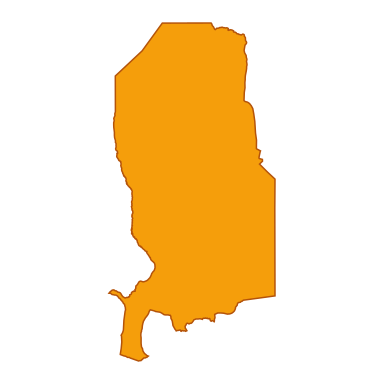 outline of Turkana North, Rift Valley, Kenya
{"feature_id": "3690345B58335120983870", "entity_name": "Turkana North", "entity_type": "district", "adm_level": 2, "iso_a3": "KEN", "parent_name": "Kenya", "parent_adm1": "Rift Valley", "projection": "robinson", "projection_center": [35.285, 4.376], "detail": "fine", "context": "isolated", "style": "filled", "palette": "amber", "viewbox_px": 384, "rotation_deg": 0, "n_neighbors": 0, "source": "geoboundaries", "source_scale": "gbopen_adm2", "svg_char_len": 6026}
<svg xmlns="http://www.w3.org/2000/svg" viewBox="0 0 384 384"><path d="M186.9,330.7L185.9,328.9L185.3,328.3L185.1,326.2L186.1,324.8L186.3,324.0L187.0,323.3L187.8,323.3L189.0,323.9L189.4,323.8L190.1,323.3L191.1,323.3L192.1,322.6L192.4,322.1L193.0,321.4L193.8,319.9L195.9,319.0L198.0,319.0L200.0,318.7L202.3,319.3L202.3,318.9L202.5,318.6L203.1,318.6L203.7,318.2L204.8,318.3L205.7,318.0L206.2,318.4L207.3,318.2L208.0,318.8L208.4,318.8L209.2,318.5L209.7,318.6L210.4,320.6L210.8,321.0L211.3,321.2L212.0,320.7L212.7,320.7L213.5,321.2L214.2,321.8L214.3,321.7L214.5,318.8L215.0,317.9L214.7,314.4L217.7,313.0L221.0,313.0L223.6,313.2L227.4,314.1L229.8,313.9L231.8,313.2L233.4,312.0L234.5,310.8L235.4,308.7L235.5,307.4L236.0,306.6L236.6,306.0L236.8,305.6L237.1,305.4L237.6,303.3L238.5,302.6L240.5,302.2L241.2,301.4L242.0,301.3L243.3,300.2L275.0,295.9L274.8,207.8L275.0,179.1L267.5,172.1L259.5,164.1L262.5,161.2L262.4,159.4L259.4,158.6L259.0,158.1L259.1,156.8L260.2,151.6L260.5,150.9L256.5,148.8L256.4,148.5L256.5,140.1L255.5,133.0L254.8,121.4L253.8,114.2L252.8,108.6L251.3,105.8L249.5,103.5L247.6,102.2L245.1,101.5L244.0,100.6L244.3,92.3L245.0,87.8L244.9,82.6L245.2,79.6L245.2,77.6L245.4,75.4L246.3,70.7L246.6,68.5L246.6,66.6L246.9,65.5L247.0,64.3L246.5,61.3L246.9,59.7L246.8,58.8L246.3,57.3L246.1,55.4L244.7,53.0L244.1,50.4L245.0,45.2L246.4,43.5L246.6,42.2L245.5,40.4L245.4,37.7L245.2,37.3L244.4,36.3L244.3,35.0L244.0,34.6L243.6,34.3L242.8,34.1L241.1,35.0L239.6,34.4L239.0,34.5L238.1,33.8L237.1,33.8L236.7,33.5L236.0,32.6L235.2,32.2L233.7,32.0L233.5,31.8L233.6,30.9L232.2,30.1L230.6,29.7L229.7,30.1L229.3,29.9L228.3,30.3L228.0,29.9L228.4,29.3L228.4,28.8L228.0,28.3L227.2,27.9L226.3,27.8L225.5,28.0L224.4,27.7L223.5,27.7L222.3,27.2L221.8,27.2L220.8,27.6L220.1,27.4L218.4,28.2L216.6,28.3L215.7,29.3L215.2,29.6L214.6,29.2L213.5,26.9L212.3,25.6L211.8,24.0L211.1,23.0L162.3,23.1L142.1,50.9L115.3,76.0L115.4,111.7L114.8,113.9L115.0,115.5L113.8,118.3L114.2,120.8L113.7,122.6L113.7,125.1L113.8,127.4L114.4,132.2L114.4,135.5L114.6,137.7L115.5,140.8L115.4,142.3L116.1,143.6L116.0,145.3L116.1,147.0L115.6,148.9L116.2,150.4L117.3,151.1L117.5,151.5L117.4,152.1L117.6,152.6L117.6,153.4L117.0,153.4L116.9,153.5L117.0,155.0L116.7,156.1L116.8,156.9L118.5,159.5L118.7,160.2L119.2,160.5L119.4,160.9L120.0,161.0L120.3,161.4L120.7,161.6L120.6,162.2L120.9,162.7L121.1,164.1L120.8,165.4L121.2,167.1L121.7,168.1L121.6,169.9L122.1,171.6L122.6,172.3L122.8,173.5L123.5,174.6L123.5,175.0L123.7,175.7L124.1,175.8L124.1,176.3L124.5,176.5L125.2,177.5L125.5,177.4L126.2,179.2L125.9,180.7L126.1,181.5L126.4,181.6L126.4,182.1L126.8,182.5L126.8,182.8L126.5,183.2L126.6,183.4L126.7,183.9L127.2,184.1L127.1,184.5L127.5,184.8L128.3,186.0L128.9,186.4L129.5,187.4L129.9,187.4L130.2,187.7L131.1,189.3L131.4,189.2L132.2,191.4L132.2,192.1L132.0,192.5L131.9,194.2L132.2,194.9L132.1,196.4L132.4,196.8L132.4,198.0L132.2,198.7L132.3,199.2L132.1,200.6L131.7,201.3L131.6,202.3L132.0,203.5L131.7,204.1L132.1,205.3L131.5,206.3L131.8,206.5L131.6,207.1L132.0,208.9L132.2,209.0L131.9,209.8L132.1,210.2L132.6,210.7L132.9,212.4L132.6,213.7L132.3,214.0L132.0,214.8L132.2,215.5L131.9,215.8L132.1,216.4L131.9,216.8L132.1,217.1L132.7,218.3L132.1,219.9L132.5,220.8L132.1,222.1L132.4,222.8L132.2,223.0L132.0,225.5L132.3,225.6L131.9,226.9L131.8,227.6L132.0,227.9L131.7,228.5L132.1,228.6L132.1,229.0L132.0,229.5L131.4,229.6L131.2,230.0L131.6,230.4L131.6,231.0L132.0,231.3L131.8,231.8L132.0,232.2L131.7,232.6L131.8,232.9L131.7,233.3L132.0,233.3L132.0,233.7L132.2,233.8L132.4,233.3L132.6,233.4L132.6,234.1L132.3,234.2L132.2,234.4L132.7,234.7L132.7,235.1L132.9,235.3L133.0,235.8L133.5,236.9L134.1,236.8L134.6,237.2L134.5,237.7L135.2,238.7L135.4,238.9L135.6,238.7L136.1,238.8L136.7,240.0L137.2,240.3L137.2,241.2L137.5,242.5L138.1,243.3L138.2,244.0L138.9,245.5L139.4,245.9L139.9,246.0L140.1,246.3L140.7,246.2L141.0,246.6L140.9,247.0L141.1,247.2L141.9,247.4L142.4,248.3L144.6,250.1L145.1,250.9L145.6,251.0L146.3,251.6L146.8,251.6L146.6,252.2L147.1,253.3L147.4,253.8L148.2,254.6L148.6,255.6L149.2,256.1L149.5,257.0L149.9,257.4L150.3,257.5L150.3,258.3L151.2,260.1L154.1,262.7L154.7,263.9L155.0,265.2L154.9,266.0L155.1,266.8L155.0,268.0L154.2,270.5L152.8,272.0L151.6,273.8L151.3,274.9L150.0,277.6L147.7,280.0L146.7,280.7L145.0,281.4L143.7,281.8L142.9,281.8L140.7,281.1L139.4,281.5L138.9,282.0L137.3,284.7L135.9,286.0L135.7,288.6L134.9,289.8L135.2,290.8L135.1,291.2L134.5,291.3L133.7,291.1L133.4,291.5L132.6,291.6L131.6,292.5L131.4,292.9L131.5,293.5L131.4,293.8L130.8,294.5L129.9,294.7L129.7,295.0L129.6,296.4L128.8,297.1L128.4,296.9L127.8,297.5L126.6,297.4L125.5,297.9L124.9,297.9L122.9,296.7L121.8,295.3L120.8,293.5L120.0,292.7L118.8,292.2L118.0,292.2L116.3,290.9L115.2,290.8L114.1,290.0L113.6,289.9L112.2,290.1L109.9,292.0L109.0,293.2L110.6,293.3L112.2,294.6L113.1,294.6L114.2,295.0L115.9,295.1L117.5,296.0L119.1,298.2L120.3,298.9L120.8,299.9L121.6,300.5L122.3,301.6L122.9,302.1L123.4,303.4L124.5,304.3L124.9,306.1L125.4,307.7L125.4,309.0L125.6,309.7L125.1,311.4L123.9,320.4L123.4,330.0L123.1,331.2L122.4,333.1L121.1,335.3L121.5,336.1L121.8,342.0L121.2,348.5L120.3,354.0L120.3,354.5L123.9,355.9L125.8,356.3L127.6,357.4L129.2,357.4L130.4,358.1L138.6,361.0L139.5,360.7L141.0,360.6L141.7,359.7L142.5,359.5L142.8,358.8L143.7,358.1L144.0,357.9L145.1,358.0L145.8,357.5L146.8,357.4L147.4,356.8L148.3,356.1L146.7,355.4L145.7,354.4L144.5,353.5L143.1,351.3L142.8,350.4L142.5,348.6L141.5,346.9L141.1,343.5L141.1,337.9L140.8,335.1L141.0,332.7L141.5,331.5L141.5,330.5L142.1,328.8L142.4,325.6L142.9,323.2L143.5,321.2L145.5,317.7L146.4,316.7L147.9,314.6L148.7,313.0L149.2,311.4L150.3,309.8L154.6,311.0L155.5,311.5L160.0,312.2L161.4,312.9L164.1,314.7L165.4,314.9L168.2,314.9L169.4,315.3L170.3,315.3L170.8,316.3L171.0,318.6L171.8,319.9L172.3,321.3L173.0,325.6L175.1,329.4L175.8,330.1L176.2,330.9L177.4,330.5L178.4,330.4L180.0,330.0L180.5,330.2L180.9,331.2L181.2,331.3L181.4,331.2L181.5,330.7L181.9,330.6L182.9,330.6L183.2,330.9L184.7,330.8L185.6,331.3L186.9,330.7Z" fill="#f59e0b" stroke="#b45309" stroke-width="1.5"/></svg>